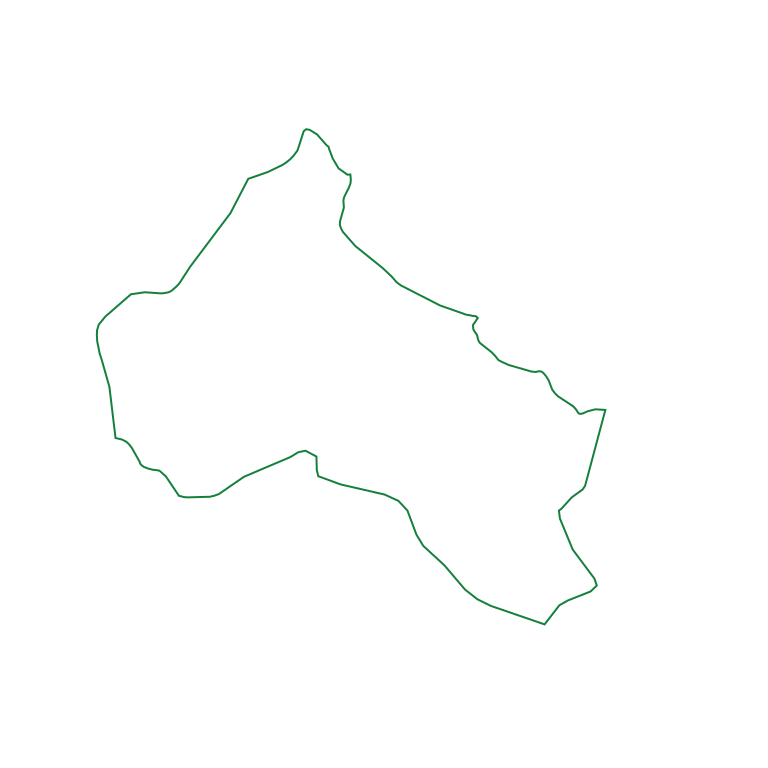 map outline of Prey Vêng (orthographic projection), rotated 297°
{"feature_id": "KHM-1790", "entity_name": "Prey Vêng", "entity_type": "Province", "adm_level": 1, "iso_a3": "KHM", "parent_name": "Cambodia", "parent_adm1": "", "projection": "orthographic", "projection_center": [105.494, 11.354], "detail": "fine", "context": "isolated", "style": "outline", "palette": "green", "viewbox_px": 768, "rotation_deg": 297, "n_neighbors": 0, "source": "natural_earth", "source_scale": "10m", "svg_char_len": 1978}
<svg xmlns="http://www.w3.org/2000/svg" viewBox="0 0 768 768"><g transform="rotate(297 384 384)"><path d="M570.2,226.9L568.6,228.3L561.6,236.0L555.5,245.6L553.9,256.4L555.4,258.9L551.8,261.2L550.2,262.0L548.3,262.8L546.4,263.2L542.1,263.6L532.9,263.6L530.7,264.0L528.6,264.8L522.9,268.2L508.8,271.0L505.6,272.5L503.4,274.8L500.9,278.2L493.9,295.8L486.7,330.1L483.3,341.8L480.5,348.7L480.0,351.3L479.5,354.6L479.4,398.2L483.1,425.9L484.4,429.8L484.7,431.5L486.1,435.1L485.4,437.6L476.9,436.5L473.5,438.6L472.3,440.1L469.9,444.6L465.9,448.1L464.8,449.5L464.0,451.2L461.2,465.3L459.7,469.8L457.3,475.0L457.2,479.7L457.6,486.8L462.0,509.6L463.6,513.8L464.8,515.1L465.9,516.6L466.5,518.5L466.2,521.0L464.4,525.1L463.0,527.4L461.8,529.3L455.9,535.8L454.9,537.3L453.2,540.9L452.0,544.8L450.0,562.8L448.6,566.4L446.2,570.7L446.4,572.3L447.7,574.2L452.1,577.8L457.4,583.8L461.4,593.0L411.3,603.7L384.6,609.4L380.3,608.9L368.3,602.8L353.1,598.6L350.6,597.3L343.9,601.9L322.1,627.4L306.1,659.9L301.0,665.1L293.0,662.3L274.6,646.1L266.4,640.7L242.7,636.2L234.8,580.1L234.6,564.9L237.6,549.6L249.8,520.3L257.6,492.5L264.5,481.3L281.9,462.3L286.4,449.9L285.8,434.9L274.8,390.8L272.0,367.4L276.5,363.4L288.7,356.7L288.9,344.3L284.2,338.5L276.6,333.9L237.7,301.3L210.9,286.8L207.2,283.3L204.4,279.9L194.0,260.8L192.5,257.3L191.3,252.0L202.7,231.5L204.8,223.3L204.2,221.1L202.7,217.1L201.6,212.4L201.1,207.6L201.5,204.9L202.4,202.9L203.0,202.3L203.7,201.7L212.6,188.3L214.5,184.2L215.5,181.0L215.6,176.3L215.3,174.5L214.0,169.3L256.7,140.7L277.3,121.6L282.1,116.8L291.8,109.1L297.3,105.9L301.7,103.9L307.5,102.9L317.6,105.1L349.1,117.8L357.2,129.3L363.5,144.2L365.2,146.9L367.8,150.3L369.3,151.5L371.1,152.6L377.3,155.0L380.9,156.0L400.3,158.0L466.6,169.6L505.2,169.9L520.2,184.3L533.1,194.1L537.6,196.6L541.5,198.3L545.9,199.7L552.2,200.8L553.7,200.8L572.8,197.7L575.7,199.0L576.7,202.5L576.0,211.0L570.7,224.3L570.3,226.7L570.2,226.9Z" fill="none" stroke="#15803d" stroke-width="2"/></g></svg>